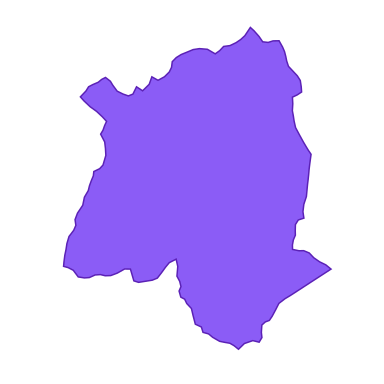 outline of Santa Bárbara d'Oeste, São Paulo, Brazil, rotated 356°
{"feature_id": "56859067B87945303247777", "entity_name": "Santa Bárbara d'Oeste", "entity_type": "district", "adm_level": 2, "iso_a3": "BRA", "parent_name": "Brazil", "parent_adm1": "São Paulo", "projection": "albers", "projection_center": [-47.432, -22.803], "detail": "fine", "context": "isolated", "style": "filled", "palette": "violet", "viewbox_px": 384, "rotation_deg": 356, "n_neighbors": 0, "source": "geoboundaries", "source_scale": "gbopen_adm2", "svg_char_len": 2150}
<svg xmlns="http://www.w3.org/2000/svg" viewBox="0 0 384 384"><g transform="rotate(356 192 192)"><path d="M261.7,31.9L255.6,39.8L251.2,43.3L246.4,46.1L240.1,48.6L233.7,49.0L229.5,52.9L224.8,55.8L217.3,50.7L209.5,49.5L203.1,50.0L197.5,51.9L190.8,54.1L185.7,56.8L181.4,60.6L180.3,66.2L177.7,70.7L172.6,75.1L165.9,78.2L160.0,74.3L156.8,81.6L149.8,87.6L144.0,83.2L139.9,90.2L135.2,91.7L130.1,89.5L124.4,86.2L120.4,79.9L118.3,75.8L113.7,71.7L109.7,73.4L106.1,76.0L100.6,77.9L96.2,79.8L93.3,83.8L87.3,89.3L90.6,93.6L96.4,99.9L102.4,104.9L107.8,110.7L111.7,115.6L109.5,119.6L107.5,124.2L104.9,127.9L108.4,136.0L108.7,142.5L108.6,149.5L105.1,158.9L101.5,162.3L95.5,164.7L94.7,169.0L92.2,174.0L90.2,178.5L88.6,183.4L84.3,189.7L82.1,197.6L76.3,205.1L73.4,211.4L73.8,217.2L71.3,222.0L66.2,227.8L63.6,234.8L62.3,240.6L60.7,246.3L59.4,252.8L58.7,257.2L63.2,258.8L68.1,261.8L72.6,268.8L78.7,270.2L83.6,270.2L89.6,268.0L94.9,268.0L99.6,269.5L105.1,269.7L111.8,267.7L119.4,264.1L125.2,264.6L127.8,276.6L132.4,278.4L146.2,277.2L151.4,275.5L155.8,270.6L160.4,265.1L164.4,260.9L171.5,257.9L172.6,265.3L171.1,274.9L173.5,280.3L174.4,285.6L172.2,289.9L173.5,296.1L177.2,298.4L179.0,302.9L183.3,308.2L184.4,315.0L186.1,324.1L191.9,327.3L193.2,332.8L198.6,334.7L202.6,338.5L209.2,342.9L214.3,344.3L219.2,345.5L223.2,348.2L227.4,352.1L233.7,346.8L242.3,344.5L248.5,346.5L251.6,342.1L251.4,336.9L252.4,329.6L256.1,326.7L260.2,325.5L263.2,321.7L267.3,315.2L270.9,309.2L277.2,305.0L283.1,302.0L304.0,290.4L325.3,278.6L320.4,274.0L314.5,270.6L308.9,266.1L304.7,261.0L299.3,258.3L294.7,258.1L288.3,256.3L288.5,251.8L289.8,246.8L292.1,242.3L292.3,237.9L292.9,231.7L296.1,227.3L301.8,225.9L301.3,219.4L302.7,212.1L305.8,204.5L307.8,192.4L308.7,187.8L309.6,182.7L310.4,177.6L311.4,172.4L313.4,162.7L310.9,158.4L308.9,154.5L306.6,149.9L303.4,143.0L299.8,135.0L298.8,128.3L298.4,123.2L297.8,117.9L298.7,111.0L298.8,104.4L303.7,102.5L308.3,99.9L308.3,94.6L307.8,88.3L305.2,83.5L299.7,76.7L297.0,73.4L295.6,67.9L295.0,63.3L294.1,58.4L292.5,53.8L289.4,47.2L283.4,46.9L278.4,48.1L273.0,47.1L269.7,41.5L265.1,35.5L261.7,31.9Z" fill="#8b5cf6" stroke="#5b21b6" stroke-width="1.5"/></g></svg>